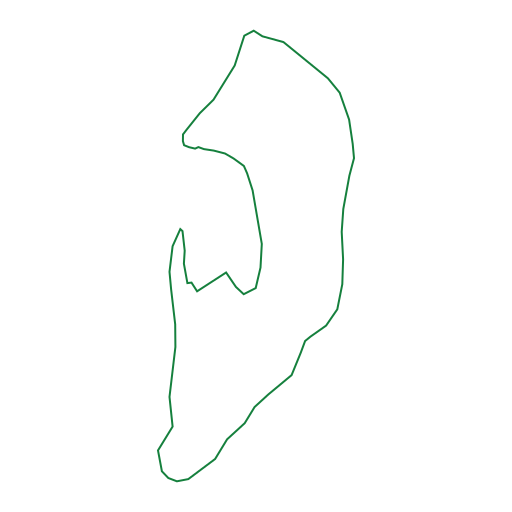 Polowat, Federated States of Micronesia (Equal Earth projection)
{"feature_id": "79324940B94242414509537", "entity_name": "Polowat", "entity_type": "district", "adm_level": 2, "iso_a3": "FSM", "parent_name": "Federated States of Micronesia", "parent_adm1": "", "projection": "equal_earth", "projection_center": [149.197, 7.357], "detail": "fine", "context": "isolated", "style": "outline", "palette": "green", "viewbox_px": 512, "rotation_deg": 0, "n_neighbors": 0, "source": "geoboundaries", "source_scale": "gbopen_adm2", "svg_char_len": 935}
<svg xmlns="http://www.w3.org/2000/svg" viewBox="0 0 512 512"><path d="M268.5,394.3L291.6,375.1L300.8,352.6L305.1,341.0L310.5,336.6L326.1,325.6L337.3,309.3L342.3,284.2L343.1,259.4L341.7,231.8L343.3,209.0L349.4,175.6L354.0,158.2L352.7,143.9L349.1,119.6L339.7,92.7L327.9,78.3L283.5,42.1L262.4,36.3L253.7,30.7L244.3,35.7L234.7,65.5L213.5,99.7L199.8,113.2L186.6,129.7L183.0,134.4L182.9,141.1L184.1,145.2L189.1,147.2L195.1,148.6L198.4,147.1L203.9,149.1L213.8,150.6L225.0,153.5L233.6,158.5L243.9,166.0L247.1,173.3L252.6,190.4L261.8,243.9L260.5,267.6L255.7,288.1L243.7,294.2L235.9,286.9L226.1,272.5L197.1,291.3L191.5,282.6L187.4,283.1L183.9,263.7L184.7,250.7L182.5,231.1L180.3,229.1L172.6,246.2L169.5,271.8L171.1,289.2L175.2,324.4L175.4,347.0L169.5,396.9L172.6,426.6L158.0,450.4L161.9,471.3L168.3,478.0L176.9,481.3L188.3,479.1L215.1,459.0L227.1,439.3L244.7,423.2L254.6,407.0L268.5,394.3Z" fill="none" stroke="#15803d" stroke-width="2"/></svg>